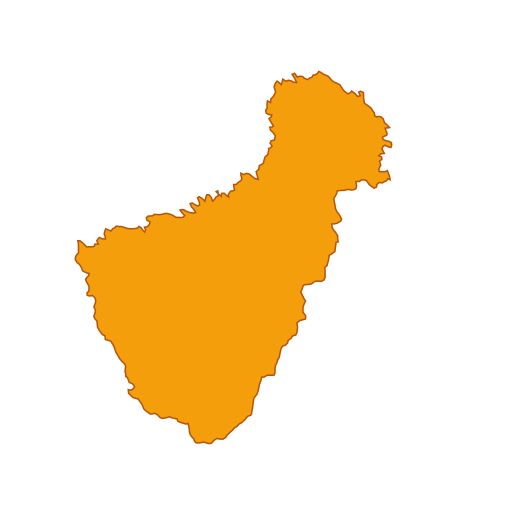 outline of Mimoso de Goiás, Goiás, Brazil, rotated 145°
{"feature_id": "56859067B56416792838659", "entity_name": "Mimoso de Goiás", "entity_type": "district", "adm_level": 2, "iso_a3": "BRA", "parent_name": "Brazil", "parent_adm1": "Goiás", "projection": "equal_earth", "projection_center": [-48.343, -15.009], "detail": "fine", "context": "isolated", "style": "filled", "palette": "amber", "viewbox_px": 512, "rotation_deg": 145, "n_neighbors": 0, "source": "geoboundaries", "source_scale": "gbopen_adm2", "svg_char_len": 5768}
<svg xmlns="http://www.w3.org/2000/svg" viewBox="0 0 512 512"><g transform="rotate(145 256 256)"><path d="M414.8,165.6L413.7,163.5L411.4,160.6L409.8,158.5L407.8,157.8L409.0,154.4L410.2,152.1L411.5,149.8L412.3,147.6L412.4,145.1L411.9,141.8L412.6,139.5L412.2,137.2L409.5,135.3L405.9,133.7L404.1,131.9L402.9,129.9L400.1,128.2L396.2,129.1L392.6,128.9L390.6,126.7L388.0,124.9L384.8,124.8L382.2,125.9L377.7,126.5L375.0,126.8L372.8,127.5L369.1,127.4L366.2,128.1L363.4,127.7L359.2,128.2L354.7,129.5L351.7,128.6L350.1,129.4L348.3,131.3L346.5,133.0L344.1,135.6L339.6,140.5L338.0,141.2L334.5,142.2L331.4,144.5L326.9,148.8L323.1,151.4L320.7,153.5L319.0,152.2L315.2,151.9L309.6,148.0L307.7,149.2L304.5,153.5L302.3,155.5L300.2,156.5L297.5,158.7L295.3,159.5L293.7,161.0L291.9,162.8L288.9,165.5L286.1,167.0L283.3,166.1L280.0,166.6L278.1,168.5L274.6,168.4L271.8,169.5L268.8,168.5L266.6,169.6L263.0,173.5L260.7,177.9L258.7,177.8L256.8,177.9L255.0,177.2L251.6,176.0L249.6,178.5L249.7,183.1L246.8,187.2L243.6,189.4L241.1,190.8L241.2,193.5L240.7,196.0L240.0,200.8L236.6,202.8L234.7,204.5L232.9,204.7L230.0,203.0L228.0,201.9L226.2,201.3L223.4,201.5L221.5,201.1L219.5,199.8L217.1,197.7L213.9,197.4L211.4,199.1L209.9,201.5L208.4,203.5L206.1,207.3L203.3,207.4L200.5,209.8L198.5,211.5L195.6,214.6L193.4,214.3L191.3,214.3L188.8,214.4L186.2,217.3L184.2,219.4L182.6,221.3L180.6,220.4L178.9,223.9L177.6,225.5L177.2,230.1L177.6,232.5L177.2,235.9L175.5,238.8L172.9,237.1L170.7,236.3L166.4,236.0L164.7,237.2L164.1,241.4L164.3,246.4L163.6,249.3L161.7,253.3L160.4,256.2L159.3,258.5L156.8,259.5L154.2,260.8L152.1,262.7L150.3,261.8L148.2,260.6L146.0,259.1L143.1,258.1L141.5,256.9L140.1,255.4L137.8,254.2L135.6,253.8L133.4,255.7L131.5,259.7L128.5,257.7L126.1,257.9L123.7,256.3L122.3,254.4L122.3,249.3L120.4,243.9L117.7,243.4L115.8,245.3L113.0,245.6L110.7,243.4L108.8,243.3L105.9,242.8L103.6,243.7L102.4,241.5L101.5,243.4L100.6,245.8L99.5,250.7L101.3,250.8L103.3,252.0L106.5,254.3L105.7,256.8L104.1,257.7L101.7,258.8L100.5,262.8L97.4,263.0L96.3,265.1L98.0,267.7L95.3,268.1L92.0,266.4L91.4,271.5L89.5,272.8L86.9,272.8L84.6,269.0L83.3,267.5L81.3,268.9L80.1,271.2L81.1,273.4L83.4,275.8L84.9,278.3L84.6,280.6L82.9,280.7L79.8,279.9L78.4,281.0L77.7,284.0L76.8,286.7L75.0,285.6L72.9,284.6L73.5,288.4L74.3,291.4L73.1,295.4L74.0,298.7L75.5,299.9L77.4,300.8L78.4,302.7L77.0,305.2L77.1,308.0L76.9,311.2L78.1,315.2L79.6,319.0L77.0,324.1L75.5,326.2L74.2,328.3L75.9,331.1L77.8,331.4L78.7,327.5L81.2,328.4L81.7,332.1L83.0,336.3L85.4,335.5L87.8,336.3L89.3,341.3L89.1,348.3L91.0,351.7L92.5,354.0L93.2,356.5L93.7,361.7L96.5,366.3L97.6,369.2L98.7,371.2L101.1,370.3L103.7,370.4L105.4,371.5L107.7,370.3L109.7,371.0L112.4,370.8L114.3,373.5L115.0,376.5L117.3,378.3L119.5,378.9L119.6,383.5L122.2,384.1L122.5,378.9L123.2,374.9L125.6,376.8L126.9,379.6L128.9,381.5L131.3,382.0L132.6,385.5L135.6,382.8L137.2,381.8L137.4,384.1L138.4,387.2L141.2,386.3L144.2,384.1L146.0,378.9L148.4,377.7L150.7,376.6L153.6,376.2L156.1,373.4L157.6,376.5L160.0,374.0L161.8,370.9L164.5,369.8L165.7,367.2L164.3,364.4L162.1,362.5L164.0,361.1L166.6,361.1L167.0,356.2L167.1,352.4L168.9,352.5L170.8,353.6L171.9,351.0L171.2,347.0L171.3,343.3L174.3,340.5L177.7,341.7L179.7,340.4L179.8,336.7L182.2,336.3L184.0,336.9L185.1,335.2L188.3,332.2L191.5,332.1L194.8,329.6L196.7,327.8L198.8,327.7L201.4,328.2L204.1,325.4L207.5,325.0L208.9,321.2L210.3,317.5L212.5,320.1L213.3,322.7L214.6,327.2L216.5,329.2L219.4,329.8L220.9,332.5L222.1,330.7L223.1,327.7L224.6,326.5L226.5,326.4L228.9,326.5L230.9,325.8L233.3,327.4L234.7,325.0L235.6,322.3L237.6,322.6L239.4,323.7L241.5,323.1L243.6,322.1L244.6,320.0L245.5,322.6L246.1,325.8L248.3,327.0L250.3,324.8L251.3,328.6L252.6,327.0L255.1,327.3L257.5,326.1L260.1,325.9L259.0,329.7L259.4,333.1L261.2,334.4L263.8,332.5L266.5,330.2L267.0,333.6L268.5,337.2L270.6,337.2L271.6,332.4L273.1,330.0L275.3,330.6L276.4,332.8L277.9,336.1L279.9,336.7L280.7,333.2L280.2,330.0L280.5,326.2L282.4,326.9L285.1,329.3L287.6,332.8L288.4,334.9L289.7,336.4L291.9,337.2L291.7,333.4L291.2,330.0L293.2,329.6L294.9,330.2L296.7,331.6L299.6,333.8L300.9,337.3L302.7,339.9L304.0,341.4L306.0,343.0L308.1,343.7L310.5,344.7L312.3,345.9L315.3,348.4L317.9,348.3L321.5,350.6L324.0,350.2L324.8,347.6L323.3,345.1L324.4,343.4L326.2,342.8L328.4,342.4L330.8,343.6L331.5,340.7L333.5,339.5L334.0,342.5L334.0,345.4L334.9,347.4L336.6,346.8L338.4,347.5L340.3,348.3L343.6,350.6L345.4,352.2L347.9,355.6L349.8,357.6L351.9,359.3L353.4,360.7L355.4,360.1L357.5,360.6L360.5,359.7L362.1,362.2L363.5,364.5L365.7,362.9L367.7,361.2L368.4,358.5L369.5,356.3L371.9,358.0L373.8,361.1L377.6,359.9L378.4,356.3L381.1,358.1L382.9,356.8L384.7,357.3L386.5,358.6L389.5,360.6L390.3,365.4L391.4,369.4L393.2,370.7L394.3,368.1L396.2,365.3L399.6,360.4L402.2,359.9L404.5,358.8L406.1,356.6L406.3,353.1L405.5,350.6L405.5,347.4L406.5,343.4L405.6,341.3L404.2,339.0L402.7,337.4L404.4,335.9L407.1,335.3L408.9,334.8L409.6,332.5L410.1,327.1L411.8,324.6L413.4,323.0L415.5,322.8L416.8,320.5L415.1,318.5L412.6,317.4L411.9,314.3L413.1,310.9L415.5,308.9L418.0,307.3L418.6,303.7L420.2,302.0L421.9,300.7L423.4,299.7L424.0,297.3L423.6,293.9L425.1,291.3L426.6,288.8L427.1,284.4L426.9,279.7L425.5,277.3L427.3,274.1L423.8,269.5L424.0,265.2L424.6,261.9L425.9,258.1L426.1,254.5L426.6,250.3L426.2,246.6L425.6,243.9L425.8,240.8L428.0,238.3L429.6,236.4L430.4,233.7L431.7,232.2L431.1,229.9L432.3,225.3L430.5,222.1L430.3,218.6L432.6,217.7L435.3,217.8L437.3,219.8L439.1,216.6L438.5,213.1L438.0,210.7L434.6,206.4L434.5,200.1L434.9,197.9L435.6,195.2L435.1,192.5L434.0,189.5L433.4,187.4L431.6,186.1L429.0,185.1L427.7,182.2L427.4,179.3L426.3,177.1L424.8,176.1L421.7,174.7L419.2,174.1L417.7,171.7L415.8,169.6L414.1,167.9L414.8,165.6ZM251.3,328.6L249.9,331.3L251.7,331.6L251.3,328.6Z" fill="#f59e0b" stroke="#b45309" stroke-width="1.5"/></g></svg>